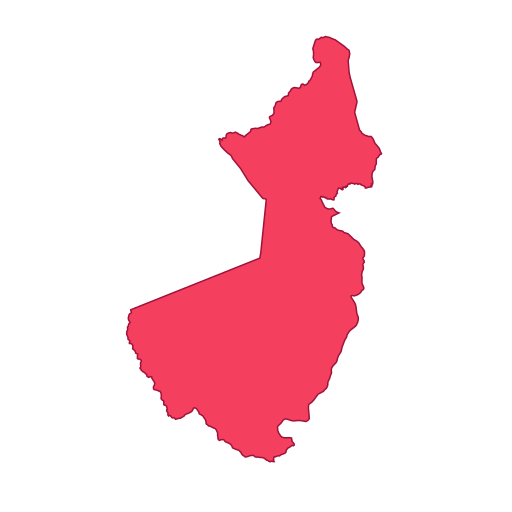 outline of Pontes e Lacerda, Mato Grosso, Brazil, rotated 351°
{"feature_id": "56859067B31933102266725", "entity_name": "Pontes e Lacerda", "entity_type": "district", "adm_level": 2, "iso_a3": "BRA", "parent_name": "Brazil", "parent_adm1": "Mato Grosso", "projection": "mercator", "projection_center": [-59.418, -15.43], "detail": "fine", "context": "isolated", "style": "filled", "palette": "rose", "viewbox_px": 512, "rotation_deg": 351, "n_neighbors": 0, "source": "geoboundaries", "source_scale": "gbopen_adm2", "svg_char_len": 6118}
<svg xmlns="http://www.w3.org/2000/svg" viewBox="0 0 512 512"><g transform="rotate(351 256 256)"><path d="M271.3,129.8L270.7,130.4L270.5,131.3L269.9,132.3L264.3,135.5L263.3,136.6L261.3,134.9L259.8,134.2L258.9,133.4L258.1,133.2L257.5,132.2L255.0,130.4L253.5,130.9L252.0,131.0L250.0,130.0L247.6,130.3L246.5,130.7L245.6,131.7L244.9,134.1L244.2,134.7L242.0,134.3L240.8,135.3L240.6,136.3L238.7,134.4L237.9,134.5L237.5,135.2L238.0,136.0L238.3,137.4L237.8,139.3L238.6,142.1L241.1,146.0L244.3,150.0L246.8,152.5L247.4,153.7L248.1,156.2L254.4,167.1L260.0,180.4L271.6,200.0L272.2,200.5L274.0,200.9L275.0,201.7L261.2,253.6L259.4,258.7L123.8,289.5L123.8,290.4L124.2,292.0L123.6,292.9L122.3,293.3L121.4,294.2L120.1,297.4L120.2,299.5L121.3,302.0L119.7,303.2L118.8,305.4L117.9,306.1L117.7,309.0L117.1,309.5L116.5,310.7L116.0,312.9L116.8,316.4L116.6,318.3L118.1,320.0L117.8,321.1L117.2,321.9L117.4,322.7L118.5,322.8L119.4,323.3L120.2,324.8L120.3,325.8L119.6,328.4L121.3,330.2L122.0,332.0L121.9,333.0L123.9,334.5L123.4,335.4L122.8,338.6L123.5,339.4L125.1,339.6L126.4,341.3L126.1,342.4L125.3,343.3L124.9,345.5L125.1,346.6L124.8,347.5L124.1,348.1L123.9,349.0L124.5,349.5L124.7,350.7L126.4,352.8L127.9,353.8L128.3,354.8L129.6,356.1L129.4,357.5L130.0,358.2L130.8,359.0L132.2,358.9L133.2,358.6L134.1,359.2L134.0,360.4L136.0,364.9L136.0,366.0L135.3,367.9L134.4,368.8L134.1,369.9L134.0,371.2L134.5,372.0L137.3,373.1L139.0,374.3L139.9,374.5L140.6,376.2L140.8,378.2L139.9,382.1L140.9,383.7L142.2,384.7L141.7,388.3L142.1,389.0L142.8,389.0L144.1,390.2L144.4,393.4L143.7,394.0L143.5,395.0L144.5,397.2L144.1,399.3L144.7,400.4L145.7,399.9L146.4,400.3L147.6,402.4L148.4,402.9L150.1,403.0L150.9,404.7L154.2,404.3L156.1,404.4L160.0,402.8L160.6,402.0L161.3,401.6L163.3,400.9L164.3,400.9L167.7,399.7L168.5,399.2L170.9,396.2L172.8,396.9L173.5,397.6L173.9,398.8L175.1,400.9L175.2,402.9L178.4,405.5L180.5,410.0L180.7,412.5L180.5,413.6L180.8,414.4L181.6,414.8L182.5,416.4L184.3,417.0L185.6,418.2L188.7,420.1L189.4,421.1L190.4,424.7L190.0,427.0L190.1,429.5L189.8,430.3L190.2,431.6L191.0,432.4L192.6,432.0L194.9,432.2L195.8,432.9L196.4,434.3L197.3,435.1L200.6,437.1L201.9,438.7L202.4,439.7L202.8,441.8L206.1,444.0L208.3,444.9L210.2,447.3L211.1,449.9L214.0,452.9L216.4,452.8L219.2,452.2L222.3,452.6L223.6,454.1L224.7,454.7L226.6,454.9L229.4,455.9L230.6,456.0L232.6,457.1L234.5,459.3L235.6,459.7L236.9,461.1L238.0,461.4L239.0,461.1L240.9,461.8L241.8,461.9L241.2,460.2L241.8,459.5L241.7,458.6L242.6,457.1L243.7,457.4L246.0,456.8L248.1,457.1L249.2,456.3L253.5,455.4L254.7,454.7L255.6,452.5L257.3,450.8L259.8,449.9L261.5,448.9L262.3,448.8L263.1,449.3L264.2,448.7L264.4,447.8L262.7,444.8L262.6,441.3L261.0,440.7L255.7,440.0L253.4,439.0L252.6,438.3L250.8,434.6L250.2,431.9L250.5,428.2L250.9,427.5L254.7,424.9L256.9,422.6L258.7,421.6L259.7,421.6L261.2,422.0L265.2,424.1L267.0,424.7L271.9,425.1L274.6,425.6L279.4,427.3L281.4,426.6L283.0,425.2L283.3,424.3L284.0,414.1L284.7,411.3L285.3,410.5L287.8,409.4L290.5,407.4L295.6,402.2L301.0,400.4L301.9,399.9L303.0,398.7L304.7,397.8L305.3,397.1L306.6,395.0L307.2,392.1L307.7,391.1L309.6,388.4L310.5,386.3L312.3,383.3L312.6,380.1L313.2,378.4L314.8,376.6L318.4,373.8L319.4,372.5L320.7,369.4L322.0,367.2L325.1,363.7L326.8,359.4L330.6,352.8L332.7,350.4L333.7,348.0L335.8,345.6L337.4,344.2L343.5,340.8L344.3,340.0L346.2,337.1L347.2,334.4L347.4,332.4L346.6,328.8L346.8,322.5L346.7,319.9L346.2,317.8L343.5,311.4L343.7,310.3L344.7,310.1L346.9,310.8L350.9,310.0L353.8,308.3L355.1,306.6L356.8,305.9L357.4,305.0L357.5,303.9L356.4,299.4L357.4,293.4L357.3,291.4L358.4,288.0L360.0,285.7L360.3,283.9L360.2,281.9L360.4,280.6L362.0,279.0L362.1,277.9L361.2,275.9L361.2,274.8L363.1,272.8L363.9,268.6L363.6,267.1L362.9,266.5L362.8,265.5L361.2,263.1L359.8,259.6L359.2,258.6L357.9,257.1L355.2,254.9L350.6,248.7L349.9,248.1L346.7,246.7L345.5,245.0L340.5,243.1L338.3,240.5L336.8,240.0L336.0,238.5L336.2,237.3L335.5,235.3L335.6,233.1L336.5,230.2L336.7,228.9L344.8,226.4L342.4,225.0L341.2,223.6L339.9,221.4L339.3,220.8L336.9,221.2L335.4,221.0L333.9,220.4L331.7,218.8L329.5,212.1L329.5,211.2L328.3,209.2L328.9,208.6L329.0,207.8L329.6,207.3L331.1,208.3L331.9,207.9L333.5,209.5L334.1,209.1L334.9,209.8L335.2,210.8L337.9,211.3L338.7,211.1L339.4,211.9L341.1,212.7L341.8,212.7L342.4,210.3L343.1,209.7L344.2,209.4L344.4,208.4L346.2,206.7L346.0,205.4L347.7,202.4L348.6,201.8L350.1,202.7L350.8,203.6L351.9,204.1L352.6,203.4L352.0,202.7L352.0,201.8L354.6,201.8L355.2,202.5L356.0,202.1L356.0,201.1L357.2,201.4L357.5,200.4L358.8,199.2L360.0,199.7L360.3,199.0L361.1,198.8L364.0,199.8L364.6,200.5L365.3,200.1L366.1,200.3L367.2,200.2L367.9,201.2L369.7,200.9L370.5,201.3L370.8,202.1L373.8,203.8L374.5,204.8L374.6,205.9L375.8,206.1L377.7,205.7L380.9,205.7L380.7,204.6L381.6,204.7L381.8,203.7L381.4,203.0L382.5,203.0L383.0,201.2L382.9,195.5L383.7,192.4L384.9,190.5L386.9,189.1L387.8,185.7L389.2,183.9L390.1,178.8L390.6,178.2L392.1,177.5L393.9,175.4L395.6,175.0L396.0,174.4L395.4,173.1L394.6,169.0L392.0,164.5L391.2,163.6L390.1,159.0L389.0,156.8L388.3,155.9L386.1,155.6L382.2,153.6L379.7,151.1L379.3,149.6L378.0,147.8L375.9,129.5L379.8,119.8L379.9,118.5L377.0,94.7L376.7,89.2L377.6,77.3L378.9,74.8L380.2,71.1L380.2,68.2L379.9,67.2L378.5,65.9L376.1,62.8L368.1,54.9L365.1,53.2L362.6,51.5L360.1,50.7L359.1,50.1L356.2,50.8L354.7,50.2L351.8,51.7L351.0,51.7L350.3,51.2L349.1,51.7L348.2,52.7L344.8,59.5L344.5,60.7L344.8,62.4L344.5,65.4L343.5,69.3L344.4,72.7L345.1,74.0L346.2,74.5L349.8,74.8L350.0,76.6L349.5,77.9L348.3,79.3L341.3,83.3L340.0,86.1L339.9,87.0L337.0,90.7L336.4,91.3L335.5,91.6L335.0,92.7L333.8,93.9L331.9,94.7L330.5,94.9L329.6,93.7L328.9,93.4L327.9,93.6L327.2,94.2L326.5,96.0L324.8,97.1L320.5,95.6L318.7,95.8L316.7,96.9L316.2,98.0L313.6,100.2L313.0,102.7L311.7,102.7L310.8,103.1L309.8,102.9L308.7,103.3L305.7,105.4L305.4,106.3L304.8,107.1L302.4,106.7L300.3,107.3L299.6,107.9L298.4,110.7L296.8,112.3L296.2,117.5L295.8,118.2L294.1,119.7L291.8,120.3L291.0,120.9L290.9,121.7L291.5,123.7L291.7,126.0L290.6,128.0L288.6,128.1L286.4,128.7L285.5,129.4L283.8,129.9L281.9,129.5L277.7,130.3L275.2,129.7L271.3,129.8Z" fill="#f43f5e" stroke="#9f1239" stroke-width="1.5"/></g></svg>